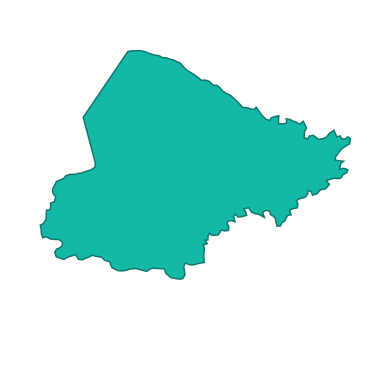 outline of Campina do Simão, Paraná, Brazil, rotated 116°
{"feature_id": "56859067B97439184576762", "entity_name": "Campina do Simão", "entity_type": "district", "adm_level": 2, "iso_a3": "BRA", "parent_name": "Brazil", "parent_adm1": "Paraná", "projection": "robinson", "projection_center": [-51.78, -25.111], "detail": "fine", "context": "isolated", "style": "filled", "palette": "teal", "viewbox_px": 384, "rotation_deg": 116, "n_neighbors": 0, "source": "geoboundaries", "source_scale": "gbopen_adm2", "svg_char_len": 2793}
<svg xmlns="http://www.w3.org/2000/svg" viewBox="0 0 384 384"><g transform="rotate(116 192 192)"><path d="M185.4,100.7L184.0,97.7L180.1,97.7L177.2,95.9L173.8,96.0L171.2,95.7L169.1,93.0L165.4,96.4L162.6,93.8L160.1,90.5L156.4,91.5L154.2,94.2L151.5,93.0L148.9,89.9L146.6,87.7L143.3,87.3L139.5,88.2L139.5,85.0L142.0,82.3L138.6,78.8L133.8,77.6L130.4,73.3L124.9,71.8L123.1,76.4L119.3,72.6L117.3,70.3L115.7,66.0L113.3,63.9L110.5,64.1L106.8,61.5L103.7,61.6L104.1,65.8L106.8,69.4L100.8,70.8L97.9,69.2L99.8,74.3L100.4,77.6L97.1,78.3L93.0,77.6L88.2,76.6L83.7,74.2L79.7,71.5L74.6,72.9L74.2,76.2L77.3,77.5L78.6,80.7L76.7,83.4L78.9,86.2L74.2,91.5L78.8,94.2L83.2,95.0L86.7,97.7L89.2,101.4L87.9,107.8L90.3,111.1L93.6,111.2L93.9,115.1L88.8,117.2L84.5,117.1L81.9,120.0L79.7,123.1L84.0,124.8L83.5,129.3L84.0,132.5L83.9,136.1L85.0,139.3L87.8,137.3L90.6,139.2L92.6,144.3L89.8,145.6L85.4,147.5L87.8,150.5L90.9,153.5L93.5,153.2L94.2,157.5L92.6,162.4L90.0,167.1L87.7,171.4L90.5,172.1L91.6,175.6L92.0,179.1L93.8,183.7L91.8,188.3L89.6,195.1L88.3,199.9L88.3,204.8L87.8,209.1L85.9,212.6L85.2,216.2L86.7,219.6L85.0,225.3L85.7,229.3L87.6,232.5L86.6,236.0L85.7,240.8L84.6,251.3L83.0,254.9L81.3,259.0L81.5,263.4L81.5,266.8L82.2,270.1L82.7,274.3L84.2,277.3L83.9,281.1L85.3,285.6L86.0,289.6L86.7,296.7L88.0,301.3L91.5,307.8L93.8,311.2L172.5,322.5L208.2,291.7L211.9,290.1L216.6,292.4L218.6,295.0L223.4,299.6L225.3,302.5L227.4,304.8L229.4,309.2L232.7,312.5L235.9,313.2L238.4,315.2L242.0,318.5L244.7,318.4L250.2,318.6L253.9,316.7L256.0,312.4L261.1,311.5L264.1,314.3L267.0,312.5L270.7,312.0L272.1,314.8L274.9,313.7L280.3,311.3L285.6,311.7L288.3,313.9L291.0,311.7L296.0,308.7L298.5,306.0L296.3,303.6L296.2,298.5L294.5,293.9L293.0,290.7L294.1,286.1L297.9,285.3L300.6,286.8L302.9,288.8L306.5,288.8L309.8,285.5L309.2,282.0L308.8,277.7L305.0,275.1L302.2,272.2L299.3,269.1L302.3,264.5L301.0,260.7L298.3,258.9L296.1,256.4L292.6,253.9L291.9,250.3L290.3,245.0L291.6,240.3L290.7,235.0L293.4,233.1L295.1,230.6L295.1,223.8L293.6,220.4L291.4,216.9L288.7,214.4L285.4,209.0L284.1,202.8L283.3,198.0L279.0,195.5L277.2,193.0L276.0,189.7L273.2,183.1L276.6,179.8L278.2,173.4L276.9,168.6L275.7,164.8L274.0,162.4L269.6,162.0L265.6,164.6L262.4,166.8L258.7,166.7L258.5,162.6L256.9,158.8L253.5,154.9L249.9,150.1L246.4,152.3L242.9,154.0L238.1,155.8L234.3,158.7L231.8,155.7L229.7,159.2L228.1,156.7L224.8,158.3L221.3,158.2L222.1,155.1L219.2,149.7L216.4,149.3L213.4,149.0L212.7,145.7L210.5,142.3L206.7,144.0L204.7,147.1L201.8,146.5L200.3,143.5L199.9,140.3L195.8,143.9L192.9,143.5L194.3,139.5L191.9,135.9L189.0,132.7L186.4,135.0L184.4,138.0L181.4,134.3L184.0,129.6L183.7,125.0L182.8,122.0L183.1,115.8L179.4,119.6L175.9,117.6L175.2,113.4L177.8,111.8L178.1,108.0L179.4,105.4L182.3,103.3L185.4,100.7Z" fill="#14b8a6" stroke="#0f766e" stroke-width="1.5"/></g></svg>